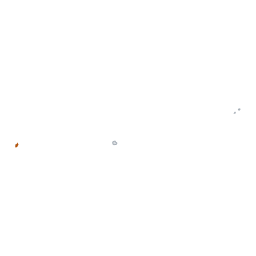 Tafunsak, Kosrae, Federated States of Micronesia (highlighted), rotated 160°
{"feature_id": "79324940B50347323269850", "entity_name": "Tafunsak", "entity_type": "district", "adm_level": 2, "iso_a3": "FSM", "parent_name": "Federated States of Micronesia", "parent_adm1": "Kosrae", "projection": "orthographic", "projection_center": [162.944, 5.328], "detail": "fine", "context": "in_parent", "style": "filled", "palette": "amber", "viewbox_px": 256, "rotation_deg": 160, "n_neighbors": 0, "source": "geoboundaries", "source_scale": "gbopen_adm2", "svg_char_len": 1067}
<svg xmlns="http://www.w3.org/2000/svg" viewBox="0 0 256 256"><g transform="rotate(160 128 128)"><path d="M147.3,119.9L146.2,120.3L144.7,120.1L144.3,118.5L143.7,118.1L143.8,117.3L144.8,116.6L147.0,117.2L147.7,118.3L147.2,119.1L147.3,119.9ZM17.9,107.7L17.7,107.9L16.5,107.8L16.4,107.7L16.5,107.5L17.0,107.4L17.1,107.1L16.8,107.0L17.1,106.8L17.5,106.8L17.8,107.0L17.9,107.3L17.9,107.7ZM239.0,149.7L239.2,150.6L237.9,150.2L237.8,149.8L238.5,149.5L239.0,149.7ZM22.4,106.1L22.1,106.2L21.9,106.1L22.0,105.5L22.1,105.4L22.4,105.4L23.0,105.5L22.4,106.1Z" fill="#d9dde1" stroke="#a8b0b8" stroke-width="1"/><path d="M239.6,148.8L239.4,148.8L239.1,148.8L238.9,148.9L238.8,149.0L238.7,149.0L238.6,149.3L238.4,149.4L238.3,149.5L238.2,149.6L238.1,149.8L237.9,149.9L237.8,150.0L237.7,150.0L237.4,150.1L237.4,150.3L237.5,150.3L237.5,150.5L237.6,150.4L237.8,150.3L238.0,150.4L238.2,150.2L238.3,150.1L238.5,150.1L238.8,150.0L238.8,149.9L239.0,149.9L239.0,149.7L239.1,149.4L239.3,149.2L239.5,149.0L239.6,148.9L239.6,148.8Z" fill="#f59e0b" stroke="#b45309" stroke-width="1.5"/></g></svg>